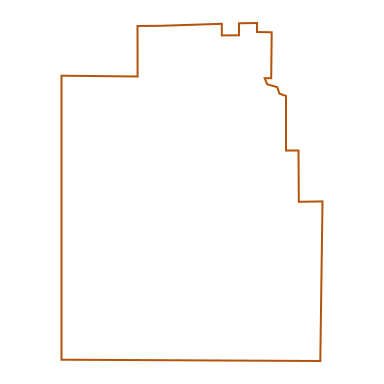 Jim Hogg, Texas, United States of America (Natural Earth projection)
{"feature_id": "52423323B38410477009705", "entity_name": "Jim Hogg", "entity_type": "district", "adm_level": 2, "iso_a3": "USA", "parent_name": "United States of America", "parent_adm1": "Texas", "projection": "natural_earth1", "projection_center": [-98.61, 27.071], "detail": "fine", "context": "isolated", "style": "outline", "palette": "amber", "viewbox_px": 384, "rotation_deg": 0, "n_neighbors": 0, "source": "geoboundaries", "source_scale": "gbopen_adm2", "svg_char_len": 395}
<svg xmlns="http://www.w3.org/2000/svg" viewBox="0 0 384 384"><path d="M61.5,359.7L320.3,361.0L322.5,201.4L298.8,201.8L298.5,150.5L286.0,150.5L286.0,95.9L279.5,93.7L277.2,87.1L267.2,84.3L264.7,78.2L271.2,78.2L271.7,32.3L257.0,32.0L257.0,23.0L239.0,23.3L239.0,35.3L221.8,35.4L221.8,23.8L160.7,25.8L137.5,26.0L137.6,76.5L61.5,75.7L61.5,359.7Z" fill="none" stroke="#b45309" stroke-width="2"/></svg>